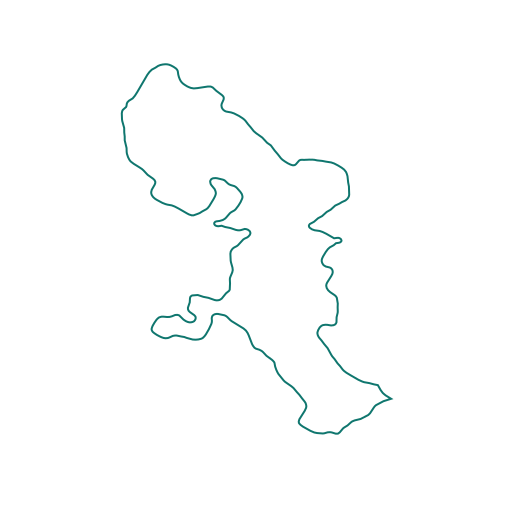 Villa Tabara Arriba, Azua, Dominican Republic (Equal Earth projection), rotated 300°
{"feature_id": "3306468B57701305571020", "entity_name": "Villa Tabara Arriba", "entity_type": "district", "adm_level": 2, "iso_a3": "DOM", "parent_name": "Dominican Republic", "parent_adm1": "Azua", "projection": "equal_earth", "projection_center": [-70.922, 18.486], "detail": "fine", "context": "isolated", "style": "outline", "palette": "teal", "viewbox_px": 512, "rotation_deg": 300, "n_neighbors": 0, "source": "geoboundaries", "source_scale": "gbopen_adm2", "svg_char_len": 6126}
<svg xmlns="http://www.w3.org/2000/svg" viewBox="0 0 512 512"><g transform="rotate(300 256 256)"><path d="M359.2,213.6L359.6,209.0L361.7,202.2L362.4,194.7L363.0,191.6L364.9,186.8L366.1,183.3L367.8,179.3L368.3,177.5L368.6,175.4L368.8,171.1L368.5,165.7L367.9,162.7L366.2,158.0L366.0,156.2L366.3,154.4L366.6,153.6L367.4,152.2L369.2,150.7L370.7,150.2L375.3,149.7L376.7,149.1L377.3,148.6L377.8,147.9L378.3,146.3L379.2,139.0L380.3,134.4L380.2,132.7L380.0,131.9L378.8,129.7L372.1,121.3L370.0,118.3L369.0,115.6L368.7,113.7L368.5,111.7L368.6,108.6L368.8,106.6L369.3,104.7L370.0,103.1L370.9,101.7L372.5,99.7L374.2,98.0L377.0,95.8L377.9,94.5L378.4,92.8L378.6,90.0L378.5,87.1L378.2,85.1L377.6,83.3L376.8,81.7L375.3,79.6L373.6,77.7L371.7,76.2L368.9,74.8L365.3,72.6L362.1,71.7L358.6,71.3L338.5,71.2L334.2,71.0L330.8,70.4L326.9,68.3L324.9,67.8L323.5,67.9L321.2,68.8L320.1,69.0L315.9,67.6L314.5,67.7L312.5,68.4L307.4,71.6L306.0,72.7L301.0,77.8L297.0,80.2L293.9,82.5L290.5,84.5L284.8,89.9L281.4,92.0L280.0,93.1L277.6,95.8L276.1,98.1L275.3,99.9L275.1,100.9L274.7,104.1L274.5,110.5L274.3,113.7L273.9,115.7L272.6,119.9L272.1,121.6L271.5,128.1L271.1,129.8L270.8,130.5L269.8,131.8L268.4,132.4L266.9,132.6L261.3,132.6L258.9,133.3L257.6,134.2L256.6,135.4L255.8,137.0L255.5,137.9L255.1,139.9L255.0,141.9L255.2,148.4L255.7,151.7L256.2,153.6L257.7,157.7L258.2,160.8L258.4,165.2L258.4,175.2L258.5,177.3L259.1,180.1L260.0,181.6L263.3,184.4L265.1,185.8L267.8,187.2L271.7,189.6L273.3,190.2L275.9,190.6L283.8,190.8L286.5,190.7L288.2,190.5L289.8,190.1L290.5,189.7L291.7,188.7L293.2,186.8L295.0,182.0L295.8,180.6L297.5,179.1L298.3,178.8L299.8,178.8L300.5,179.0L301.8,179.9L303.2,181.9L303.9,183.5L305.6,189.2L305.8,190.8L305.7,191.5L304.8,195.2L304.6,196.9L304.8,198.6L305.7,202.3L305.7,203.9L305.4,205.4L303.8,210.2L302.7,212.5L301.6,213.8L300.4,214.8L298.9,215.3L294.9,215.7L290.9,215.6L286.2,215.0L284.7,214.5L281.5,212.6L280.0,212.0L274.2,210.9L272.6,210.4L270.5,209.2L268.2,207.0L266.3,204.5L265.3,203.6L264.0,203.3L263.3,203.5L262.7,204.0L262.3,204.8L262.1,205.7L262.4,207.3L263.0,208.6L265.0,211.1L265.7,214.8L267.4,219.8L268.5,225.4L269.1,227.2L269.8,228.6L270.8,229.9L273.8,232.7L274.4,234.2L274.7,235.8L274.5,237.5L274.3,238.3L273.8,239.0L273.2,239.6L272.6,239.9L271.2,240.1L269.1,239.7L267.7,239.1L265.3,237.4L263.9,236.7L256.3,235.0L254.9,234.4L252.4,232.8L251.0,232.2L249.5,231.9L247.2,231.9L245.1,232.7L239.3,236.4L238.0,237.5L234.2,241.4L232.2,242.9L230.0,243.6L225.3,244.2L223.8,244.5L222.4,245.2L219.3,247.2L213.7,250.1L212.4,250.1L208.7,248.7L201.9,247.6L199.8,246.5L198.7,245.3L197.8,243.9L197.2,242.2L196.0,235.8L194.3,230.8L193.1,225.1L190.1,220.7L189.6,220.2L188.4,219.7L187.8,219.6L186.5,219.9L182.7,221.8L177.2,222.9L175.9,223.7L174.9,225.0L174.4,226.7L173.9,232.1L173.3,233.8L172.7,234.4L171.4,235.1L170.0,235.2L168.6,235.0L167.2,234.1L166.1,232.9L165.2,231.4L164.7,229.6L164.5,227.7L164.7,224.9L166.1,219.5L166.1,218.8L165.7,217.3L164.5,215.5L161.7,213.3L160.1,211.7L158.8,209.7L157.0,205.8L156.1,204.4L154.4,202.8L152.7,202.1L151.0,201.7L147.5,201.4L144.0,201.4L142.4,201.6L140.8,202.0L140.1,202.4L139.5,203.0L139.0,203.8L138.6,204.7L138.3,206.6L138.1,209.6L138.2,212.7L138.4,214.8L138.8,216.9L139.5,218.7L140.9,220.7L142.1,221.7L145.2,223.9L146.7,225.7L147.5,227.2L148.9,231.5L150.0,234.4L150.4,236.9L152.0,242.9L153.3,245.5L154.9,247.8L156.8,249.8L158.2,250.8L160.6,251.5L163.0,251.8L169.0,251.8L174.8,251.3L176.4,250.9L177.7,250.3L180.1,248.7L181.5,248.3L182.2,248.2L183.7,248.6L184.9,249.4L186.0,250.6L186.8,252.0L188.9,258.4L189.0,260.0L188.8,261.6L187.7,265.6L187.4,267.5L187.0,281.4L186.4,284.5L185.2,287.1L183.6,289.4L177.7,296.7L176.8,298.2L175.8,300.5L175.7,302.2L176.5,305.8L176.6,308.4L176.3,310.1L174.8,315.0L174.1,321.6L173.7,323.3L173.1,324.9L172.6,325.5L169.8,327.9L167.5,330.6L165.9,332.9L165.0,334.5L162.1,342.0L161.6,343.8L161.4,345.7L160.9,351.7L160.4,354.5L158.6,359.4L157.5,362.9L155.8,366.9L154.2,371.0L153.4,372.5L152.3,373.7L151.1,374.7L149.6,375.3L146.3,375.6L136.4,375.2L134.2,375.7L132.9,376.6L132.5,377.4L132.0,379.1L131.7,382.0L131.8,390.5L132.3,394.7L133.2,397.4L135.7,402.6L136.6,403.8L139.2,406.3L140.5,408.3L141.1,409.9L142.0,413.9L142.8,415.3L143.3,415.9L145.2,416.7L150.3,417.6L151.7,418.2L155.0,420.0L159.4,421.4L160.8,422.0L162.9,423.6L167.2,428.1L174.4,432.7L176.8,433.4L183.6,433.8L185.2,434.0L186.8,434.5L194.0,439.0L199.9,444.4L200.1,438.0L200.4,436.1L200.8,434.2L202.2,431.0L205.1,426.1L203.8,422.3L202.6,417.7L200.8,412.8L200.4,410.8L200.0,406.6L200.0,398.0L200.1,392.7L200.5,389.6L201.0,387.8L202.7,383.8L203.8,380.3L206.0,375.6L207.2,372.2L208.1,370.5L212.0,364.1L213.9,358.9L215.6,355.0L216.8,351.6L217.6,350.1L218.6,348.8L219.8,347.8L220.6,347.4L222.9,346.9L226.0,346.9L228.3,347.6L229.6,348.5L231.1,350.4L231.9,351.8L233.4,355.8L234.8,357.7L236.0,358.6L236.7,358.8L237.5,359.0L238.9,358.8L243.3,356.4L247.7,355.1L249.1,354.4L252.3,352.4L255.7,350.6L260.2,346.9L261.0,345.5L261.4,343.8L261.8,338.3L262.4,335.6L263.6,333.3L265.3,331.7L266.8,331.1L268.5,330.9L276.1,331.2L278.5,331.1L280.0,330.7L281.3,329.9L282.3,328.8L282.6,328.1L283.0,326.6L282.8,325.2L281.8,321.8L281.8,320.0L281.9,319.1L282.2,318.3L283.0,316.9L284.1,315.7L285.4,314.9L286.9,314.5L289.3,314.3L294.3,314.4L297.8,314.8L300.4,315.6L304.2,317.9L307.1,318.9L309.0,321.3L310.1,322.2L311.3,322.5L312.0,322.4L312.6,321.8L313.1,321.0L313.2,320.2L313.2,319.3L313.0,318.5L312.3,317.2L310.4,314.8L310.4,305.9L310.1,301.6L309.5,298.6L307.6,293.9L307.1,291.2L307.3,288.7L307.5,287.9L308.0,287.2L308.6,286.7L309.3,286.5L310.6,286.6L314.6,289.1L319.8,290.9L323.6,293.3L329.5,295.2L333.4,297.5L339.3,299.4L343.0,302.0L345.7,303.5L348.8,305.7L351.0,306.5L352.5,306.7L354.1,306.6L355.6,306.1L362.7,301.7L365.7,299.1L370.9,295.3L372.7,293.4L373.8,291.9L374.9,289.1L375.3,286.0L375.4,281.7L375.2,277.4L374.6,274.3L372.7,269.4L371.5,265.9L369.4,261.2L368.5,258.5L367.7,256.8L366.3,254.3L363.3,249.6L362.2,247.5L361.3,246.3L360.1,245.6L355.4,244.7L354.1,244.1L353.1,242.8L352.8,242.0L352.4,240.1L352.2,237.1L352.3,233.9L352.6,230.7L353.1,228.7L355.1,223.8L356.6,219.5L359.2,213.6Z" fill="none" stroke="#0f766e" stroke-width="2"/></g></svg>